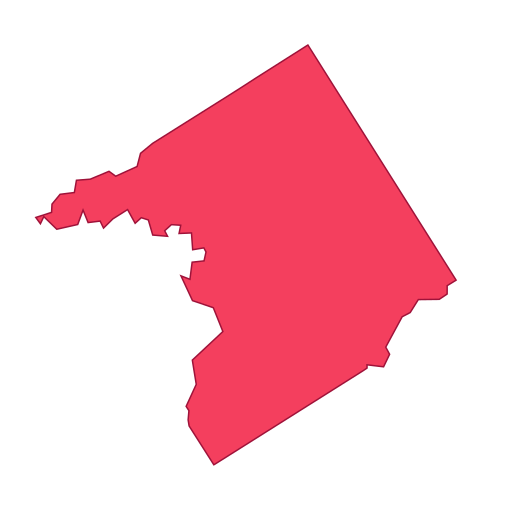 Ouachita, Arkansas, United States of America, rotated 146°
{"feature_id": "52423323B57223393950", "entity_name": "Ouachita", "entity_type": "district", "adm_level": 2, "iso_a3": "USA", "parent_name": "United States of America", "parent_adm1": "Arkansas", "projection": "mercator", "projection_center": [-92.764, 33.589], "detail": "fine", "context": "isolated", "style": "filled", "palette": "rose", "viewbox_px": 512, "rotation_deg": 146, "n_neighbors": 0, "source": "geoboundaries", "source_scale": "gbopen_adm2", "svg_char_len": 995}
<svg xmlns="http://www.w3.org/2000/svg" viewBox="0 0 512 512"><g transform="rotate(146 256 256)"><path d="M417.0,411.1L416.7,403.3L409.9,407.3L406.2,389.6L386.2,381.8L373.7,390.8L376.5,377.6L365.7,372.1L366.8,364.4L353.9,366.8L336.5,366.3L337.9,350.7L329.7,351.9L325.1,346.1L329.9,331.1L318.3,321.8L317.6,328.0L308.6,329.3L301.2,323.6L307.2,317.7L296.6,311.2L305.0,296.6L294.7,291.9L295.2,287.3L301.8,281.0L312.4,286.6L323.8,273.6L329.3,281.5L333.6,254.5L320.3,237.0L325.7,211.9L367.0,205.3L377.3,183.0L398.0,170.4L398.1,165.3L403.9,158.1L406.5,152.5L407.7,106.5L406.2,106.4L231.2,101.0L226.6,101.0L224.8,103.7L212.2,92.8L200.2,99.8L199.4,107.9L168.8,123.9L159.8,122.9L145.8,129.1L128.3,117.6L118.8,117.6L114.1,124.5L103.6,124.1L96.6,351.2L95.0,401.9L156.3,403.6L177.0,404.0L197.0,404.6L278.7,407.2L294.3,405.7L304.5,396.7L327.7,400.6L330.5,408.4L350.5,412.4L362.5,419.2L371.1,410.2L383.9,416.7L396.1,413.1L401.1,406.5L417.0,411.1Z" fill="#f43f5e" stroke="#9f1239" stroke-width="1.5"/></g></svg>